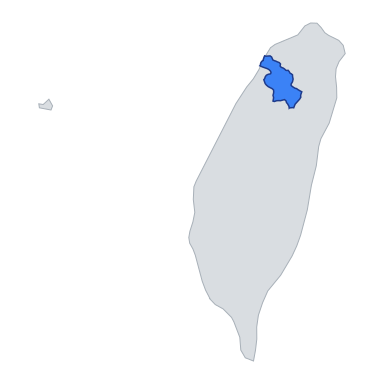 where Hsinchu sits in Taiwan
{"feature_id": "TWN-1162", "entity_name": "Hsinchu", "entity_type": "County", "adm_level": 1, "iso_a3": "TWN", "parent_name": "Taiwan", "parent_adm1": "", "projection": "natural_earth1", "projection_center": [121.134, 24.693], "detail": "fine", "context": "in_parent", "style": "filled", "palette": "blue", "viewbox_px": 384, "rotation_deg": 0, "n_neighbors": 0, "source": "natural_earth", "source_scale": "10m", "svg_char_len": 1952}
<svg xmlns="http://www.w3.org/2000/svg" viewBox="0 0 384 384"><path d="M267.8,290.9L262.6,302.7L258.4,315.2L256.7,327.0L256.8,339.1L255.5,350.1L253.5,361.0L245.3,357.8L240.8,350.1L239.8,337.3L233.9,321.9L231.6,317.5L223.1,308.9L215.3,304.6L209.2,298.2L210.0,298.7L205.6,290.2L202.2,281.1L195.3,255.2L192.9,248.9L189.7,243.2L188.8,237.5L189.9,231.3L192.9,221.9L194.8,212.4L193.3,199.5L193.9,186.8L196.2,181.1L235.9,103.6L246.7,87.0L253.3,78.9L258.8,69.8L264.1,58.2L270.5,47.7L275.1,44.4L297.8,34.9L304.9,25.9L310.6,23.0L317.0,23.2L321.1,27.5L324.8,32.7L328.7,35.4L338.8,40.4L343.2,45.3L345.2,53.6L339.1,61.5L336.1,68.7L335.5,76.6L336.6,87.2L336.8,97.9L329.2,123.1L320.9,138.7L318.7,146.5L316.3,165.8L311.4,185.3L307.3,209.9L300.6,235.2L296.8,245.8L292.1,256.0L280.7,275.2L267.8,290.9ZM48.9,99.2L52.6,105.9L51.0,110.0L39.4,107.8L38.8,103.8L43.2,104.5L48.9,99.2Z" fill="#d9dde1" stroke="#a8b0b8" stroke-width="1"/><path d="M259.9,65.8L260.0,65.7L260.4,64.9L260.6,63.6L260.9,62.6L261.6,61.6L262.4,60.8L263.2,60.5L263.1,60.1L263.4,59.1L264.1,57.0L264.7,55.8L265.8,56.2L270.1,55.9L271.6,57.0L272.9,60.0L274.5,60.7L275.8,61.1L277.2,61.8L279.3,62.6L280.5,64.0L280.1,66.0L281.2,67.3L283.3,68.1L284.7,69.1L285.7,70.2L286.9,70.5L288.1,70.3L289.2,71.6L290.0,73.1L291.4,73.9L292.5,74.8L292.6,76.6L293.1,79.1L292.5,81.8L291.1,84.1L291.2,85.6L292.9,86.9L294.9,88.2L296.6,88.6L297.9,89.6L300.3,91.0L301.8,91.8L301.0,94.0L300.6,95.7L300.8,97.2L299.6,99.2L295.1,104.2L293.7,107.8L292.8,107.6L289.4,107.9L289.2,108.1L289.0,106.4L287.5,103.7L286.5,102.6L286.1,101.0L284.5,99.6L280.4,100.7L278.9,100.6L276.7,100.7L274.3,101.5L273.0,101.1L273.3,99.4L273.6,97.7L273.3,96.4L273.0,95.3L273.3,94.2L273.6,93.0L273.7,91.7L273.5,89.9L272.2,88.7L268.3,86.7L266.4,85.1L265.2,83.6L263.8,79.7L264.6,78.7L265.3,76.7L266.4,75.2L268.2,74.3L269.9,74.0L270.7,73.6L271.0,72.3L270.4,71.0L269.1,69.7L267.4,68.7L262.6,67.0L259.9,65.8Z" fill="#3b82f6" stroke="#1e3a8a" stroke-width="1.5"/></svg>